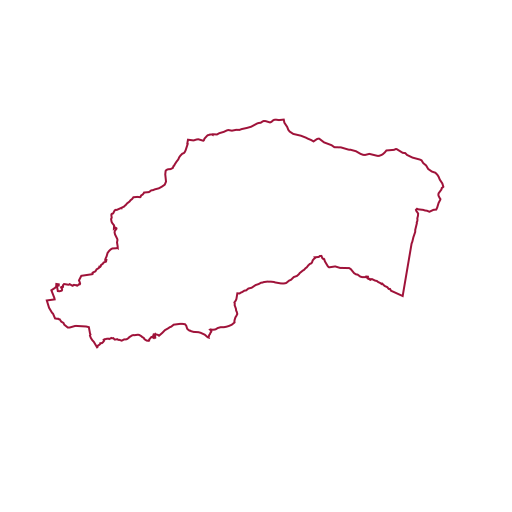 outline of Bradut, Covasna, Romania, rotated 44°
{"feature_id": "2599482B74581645099362", "entity_name": "Bradut", "entity_type": "district", "adm_level": 2, "iso_a3": "ROU", "parent_name": "Romania", "parent_adm1": "Covasna", "projection": "orthographic", "projection_center": [25.635, 46.18], "detail": "fine", "context": "isolated", "style": "outline", "palette": "rose", "viewbox_px": 512, "rotation_deg": 44, "n_neighbors": 0, "source": "geoboundaries", "source_scale": "gbopen_adm2", "svg_char_len": 6115}
<svg xmlns="http://www.w3.org/2000/svg" viewBox="0 0 512 512"><g transform="rotate(44 256 256)"><path d="M131.8,414.8L133.6,416.9L133.5,418.9L132.6,422.8L140.2,426.3L141.3,427.1L136.4,433.3L143.1,437.0L148.6,438.5L150.1,438.5L154.8,440.5L156.6,439.3L157.1,438.6L157.9,438.6L158.7,437.9L161.5,438.5L164.0,437.9L165.8,438.6L170.3,438.2L171.7,436.8L174.4,432.1L175.1,431.3L182.8,424.7L185.2,423.3L190.5,427.1L191.4,427.4L191.8,428.6L192.7,429.0L194.2,429.7L196.8,430.3L198.9,430.4L205.1,432.1L205.2,431.6L204.5,430.6L205.0,428.4L205.0,427.4L204.6,426.9L205.7,425.6L205.8,424.2L205.6,422.6L204.6,422.1L204.9,421.0L205.6,420.3L205.8,419.7L207.1,418.1L208.1,417.7L208.2,417.2L208.7,416.3L208.8,415.5L209.7,415.1L210.4,414.2L212.3,414.3L213.0,413.6L214.0,412.2L215.2,412.0L216.0,411.2L218.2,410.2L219.1,407.6L220.4,406.3L220.9,405.4L221.3,403.5L221.2,402.0L221.5,401.6L221.9,399.5L222.6,398.2L223.5,397.5L225.8,394.6L226.9,393.9L229.4,393.3L230.1,393.4L232.2,392.9L233.4,393.3L234.9,393.1L236.3,392.7L237.8,391.5L237.9,391.1L237.2,390.3L237.0,386.9L237.4,386.5L238.6,386.2L237.8,385.6L237.5,384.9L239.8,385.4L240.3,384.8L239.9,384.3L239.1,384.0L238.7,383.4L237.4,383.4L237.1,383.2L237.8,382.6L237.7,382.0L238.3,382.0L240.4,380.8L241.6,380.7L242.0,376.4L242.0,372.6L243.1,368.9L243.4,367.2L244.1,365.7L244.5,362.6L248.4,357.7L250.0,356.1L252.3,354.4L254.2,354.6L256.6,355.9L257.5,356.2L260.0,355.9L260.5,355.4L261.5,355.2L263.9,353.9L267.5,350.8L269.5,349.7L273.8,348.2L277.7,348.0L278.5,347.6L278.1,347.4L277.9,346.5L277.3,345.5L277.1,344.1L276.4,342.4L276.5,341.9L276.3,341.3L275.2,340.8L274.1,340.9L274.2,340.5L275.9,339.3L277.0,338.1L277.9,336.8L278.5,334.4L280.0,331.8L282.3,329.6L283.8,327.5L285.1,325.2L286.3,322.3L286.7,318.9L286.6,318.5L286.0,318.2L285.1,317.0L283.8,314.4L283.5,312.8L282.8,310.7L280.9,309.5L279.7,309.1L278.2,307.9L274.8,306.2L273.8,305.0L272.7,304.4L272.4,302.2L271.8,300.6L268.5,295.8L270.2,294.4L270.5,292.9L271.1,291.6L271.7,289.0L272.8,287.6L273.1,284.7L274.9,281.9L275.9,277.2L277.4,274.3L278.2,271.7L279.2,270.5L279.6,269.5L281.9,266.6L284.7,264.0L287.0,262.2L288.0,261.8L293.0,258.4L295.2,256.3L296.2,254.9L296.5,254.3L296.9,250.7L297.7,248.8L297.8,244.9L299.3,241.9L299.5,239.2L299.3,238.0L299.8,233.9L300.2,232.6L300.1,230.4L300.4,229.0L300.1,226.2L300.2,225.6L300.2,224.4L300.8,223.1L300.8,221.8L299.8,219.7L299.7,217.7L299.9,216.3L299.2,216.1L301.8,213.1L301.9,211.7L303.0,210.5L305.3,211.5L306.6,211.4L306.8,210.9L307.3,210.9L309.3,212.0L314.8,213.5L316.1,213.5L316.6,213.2L320.2,208.5L324.7,206.2L331.4,200.0L333.3,199.6L338.5,200.2L340.8,199.7L342.0,198.8L345.3,198.4L347.1,197.4L348.4,196.2L349.7,194.9L349.4,194.6L349.4,194.3L350.9,193.1L351.2,193.3L351.2,193.7L351.0,194.0L351.2,194.4L351.6,194.6L352.8,194.4L353.5,193.6L354.2,193.9L354.9,193.7L355.0,193.5L354.8,192.8L355.6,192.0L358.7,191.0L360.3,190.0L361.8,189.9L364.9,188.9L365.7,189.0L365.9,188.2L369.3,188.2L372.1,187.2L374.3,187.5L375.3,186.6L377.2,187.2L389.3,182.9L359.3,139.0L358.5,137.1L356.2,133.2L353.8,128.1L352.4,126.6L348.9,120.6L348.3,120.2L347.7,118.7L346.5,117.3L345.9,116.9L344.6,114.6L343.1,112.8L340.0,112.2L339.0,111.7L339.0,110.2L340.3,109.7L344.2,106.7L345.9,105.9L347.5,104.7L350.0,103.7L351.6,99.5L353.4,97.4L352.7,95.3L350.5,91.0L349.4,87.3L348.8,86.8L347.8,86.7L345.3,85.8L344.3,84.9L343.8,84.0L343.2,79.4L342.4,78.0L342.7,76.7L342.7,76.1L339.7,74.4L335.2,73.4L332.2,72.1L330.1,71.6L327.2,71.5L323.8,73.1L319.4,73.8L315.5,72.7L311.8,73.0L308.6,72.2L306.9,72.8L300.2,76.5L294.4,78.4L291.9,78.3L289.8,79.9L282.9,81.4L282.3,81.9L281.5,83.8L276.5,89.5L276.7,92.1L276.5,94.7L276.1,96.1L274.9,98.6L273.8,99.6L266.6,103.8L264.3,107.5L262.8,108.8L260.3,109.9L255.1,111.2L250.0,114.0L249.4,114.7L248.5,115.3L241.6,118.9L236.8,123.3L233.4,123.8L226.0,127.0L220.0,127.7L219.3,128.3L218.6,129.6L217.8,133.6L215.0,134.3L211.8,135.6L209.7,136.2L204.7,138.3L198.0,142.3L193.8,143.1L191.6,142.8L188.8,141.5L183.8,140.4L181.2,138.6L178.1,142.3L175.6,144.1L174.5,145.4L174.1,146.4L173.9,148.8L173.3,150.2L169.2,152.3L167.8,153.5L167.3,154.6L166.8,156.9L165.5,158.5L164.8,159.8L162.7,166.4L160.5,170.2L157.5,174.7L156.5,176.8L154.1,179.0L151.6,182.6L148.6,184.6L147.8,185.9L146.6,189.1L144.3,193.1L143.5,195.7L140.5,198.3L140.8,198.9L139.9,199.1L138.3,200.9L138.0,201.8L137.4,202.6L137.3,203.4L137.4,207.4L138.0,208.6L138.1,209.2L138.0,209.7L133.4,212.1L132.3,213.5L131.0,215.9L130.6,216.4L126.3,219.6L128.5,222.9L129.0,222.8L132.0,229.0L132.6,231.0L132.6,232.1L131.9,233.7L131.9,236.3L132.2,238.4L133.0,240.5L133.3,243.4L134.0,247.0L134.4,247.8L134.2,248.7L135.0,250.4L134.2,252.8L132.5,254.7L132.0,255.8L131.8,256.4L131.9,257.6L134.0,260.3L139.6,265.0L140.8,268.1L140.1,271.6L139.1,274.8L136.9,278.4L136.2,280.1L135.2,281.4L134.9,282.2L134.8,283.6L134.5,284.5L131.4,288.1L131.6,288.6L131.8,290.4L131.3,292.3L131.9,293.7L131.8,294.2L129.7,295.8L127.0,298.9L127.3,301.0L127.0,303.1L127.2,304.6L126.7,307.9L126.9,309.4L126.7,311.2L126.8,312.0L125.8,314.6L126.1,315.1L125.5,315.4L125.3,315.9L123.8,319.6L122.9,320.4L122.8,320.9L122.7,321.4L123.6,324.5L123.5,325.1L123.0,325.8L123.0,326.2L123.4,326.9L125.6,328.7L126.1,330.1L128.3,331.7L129.8,332.2L132.7,332.6L134.7,334.9L134.8,333.8L135.0,333.3L136.3,333.0L136.7,333.3L137.0,336.0L137.9,337.3L139.6,338.4L144.3,340.1L145.2,340.7L146.6,342.8L149.7,345.1L151.1,346.4L150.6,346.5L150.1,347.5L147.4,350.4L146.9,352.2L146.8,354.3L147.1,356.9L148.8,360.1L149.7,362.6L150.2,363.5L151.1,362.8L152.0,364.2L150.9,366.6L151.2,368.0L150.8,370.1L151.4,371.2L151.5,372.0L150.7,372.4L151.3,373.9L150.6,376.3L151.1,378.4L151.0,379.1L150.3,380.7L150.1,381.6L150.9,382.2L150.8,382.9L144.1,391.6L145.6,396.5L147.4,397.3L148.6,398.0L148.9,398.6L148.9,398.9L148.3,399.2L148.1,401.4L147.8,401.7L146.9,401.8L146.3,402.5L145.1,403.2L144.8,403.7L144.9,404.6L144.7,404.9L141.5,405.7L141.4,406.5L141.0,407.0L137.4,409.5L137.5,411.3L138.6,412.2L138.7,412.7L138.5,413.1L138.1,412.9L137.6,413.4L137.5,413.9L139.3,414.5L139.9,414.9L140.3,415.6L140.0,416.5L139.1,417.9L137.8,418.9L134.8,416.7L133.8,415.6L134.6,414.3L133.8,413.4L131.8,414.8Z" fill="none" stroke="#9f1239" stroke-width="2"/></g></svg>